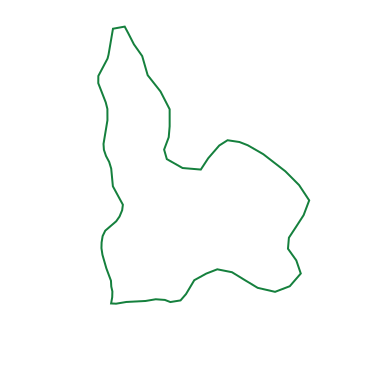 Pakchon, P'yŏngan-bukto, North Korea (Equal Earth projection), rotated 110°
{"feature_id": "82179303B99885007667227", "entity_name": "Pakchon", "entity_type": "district", "adm_level": 2, "iso_a3": "PRK", "parent_name": "North Korea", "parent_adm1": "P'yŏngan-bukto", "projection": "equal_earth", "projection_center": [125.607, 39.693], "detail": "fine", "context": "isolated", "style": "outline", "palette": "green", "viewbox_px": 384, "rotation_deg": 110, "n_neighbors": 0, "source": "geoboundaries", "source_scale": "gbopen_adm2", "svg_char_len": 1070}
<svg xmlns="http://www.w3.org/2000/svg" viewBox="0 0 384 384"><g transform="rotate(110 192 192)"><path d="M324.4,229.9L322.9,225.1L317.8,216.1L312.8,204.3L310.3,198.4L305.2,189.4L302.7,180.6L302.8,174.7L297.8,165.7L289.9,162.7L274.1,159.7L263.8,150.7L256.0,141.8L253.7,127.0L256.7,112.3L259.6,97.5L257.4,79.8L247.1,67.9L231.4,61.9L220.6,70.6L212.5,82.4L207.0,83.9L201.8,85.3L188.7,82.2L175.6,79.2L159.8,79.0L148.9,93.7L140.6,111.4L132.1,137.9L129.0,155.6L128.8,164.5L131.2,176.3L139.0,182.3L154.7,188.3L167.9,191.4L172.7,209.1L169.7,226.9L161.7,232.7L148.5,232.6L137.8,235.5L121.9,241.3L108.3,256.0L97.4,273.6L81.3,285.3L73.1,297.1L64.9,305.9L59.6,311.8L65.6,322.1L91.5,317.4L95.5,317.0L115.0,319.7L121.8,317.3L137.3,303.7L142.9,299.9L153.5,296.0L160.4,294.7L177.1,291.6L182.5,289.2L187.6,285.1L192.1,280.1L197.7,275.9L213.7,268.3L227.6,252.6L233.0,251.4L239.8,251.7L245.4,253.2L258.0,260.3L264.0,260.9L270.3,259.7L275.7,257.9L281.6,254.7L293.0,246.4L303.1,237.8L308.5,235.5L312.7,232.8L318.1,231.0L324.4,229.9Z" fill="none" stroke="#15803d" stroke-width="2"/></g></svg>